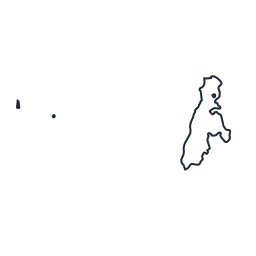 the Province of Agrigento, rotated 75°
{"feature_id": "ITA-5417", "entity_name": "Agrigento", "entity_type": "Province", "adm_level": 1, "iso_a3": "ITA", "parent_name": "Italy", "parent_adm1": "", "projection": "mercator", "projection_center": [13.389, 36.616], "detail": "fine", "context": "isolated", "style": "outline", "palette": "slate", "viewbox_px": 256, "rotation_deg": 75, "n_neighbors": 0, "source": "natural_earth", "source_scale": "10m", "svg_char_len": 2311}
<svg xmlns="http://www.w3.org/2000/svg" viewBox="0 0 256 256"><g transform="rotate(75 128 128)"><path d="M182.9,83.5L178.3,83.9L177.7,84.1L176.3,84.9L175.6,85.2L172.4,84.8L167.9,81.2L165.2,80.1L162.0,79.5L159.4,78.3L157.1,76.7L150.9,70.6L148.8,69.0L146.3,68.2L142.9,67.7L140.3,66.7L138.1,65.3L134.5,62.4L131.4,60.6L130.1,59.2L129.4,58.8L128.5,58.5L127.7,58.1L125.9,54.6L125.4,54.2L123.8,53.3L123.0,52.2L122.4,51.6L121.6,51.4L121.2,51.1L120.5,49.8L120.1,49.5L111.2,48.3L110.2,48.8L109.4,49.0L108.7,48.6L108.2,47.7L107.8,45.9L107.5,45.1L105.6,43.1L103.3,42.1L99.8,41.6L100.6,38.8L101.2,35.0L100.0,34.5L99.8,33.4L100.7,31.0L103.3,28.6L106.3,26.7L108.4,26.1L108.5,26.1L109.5,26.3L109.9,26.7L111.5,29.5L112.9,30.4L117.2,30.1L121.1,31.4L122.1,32.4L123.2,35.3L124.0,36.5L125.0,37.1L125.5,37.3L126.0,37.1L126.3,36.8L126.6,35.8L126.9,35.5L127.4,35.2L129.2,35.3L129.9,34.9L131.3,33.6L132.0,33.4L132.9,34.0L132.7,35.4L131.1,39.5L132.0,42.9L132.6,44.2L133.3,44.7L136.5,43.1L136.8,41.9L135.2,39.9L135.5,38.1L136.6,37.6L137.8,36.7L138.7,35.6L139.8,34.8L151.0,35.2L154.2,34.1L155.3,33.2L156.1,30.9L156.8,30.2L157.6,30.2L160.6,31.6L161.7,31.9L163.0,31.9L164.2,32.3L165.3,33.0L166.2,34.2L166.8,35.3L167.0,36.4L166.8,37.4L165.9,38.1L160.7,40.5L159.0,40.7L158.3,40.4L157.6,39.9L156.9,39.7L156.2,40.3L156.1,41.7L157.7,44.9L157.6,46.9L157.2,48.4L157.0,48.9L156.7,49.1L156.4,49.2L155.9,49.3L155.2,49.5L154.6,49.9L154.2,50.6L154.0,51.4L154.2,52.1L154.6,52.4L156.6,52.3L157.3,52.6L158.8,53.8L160.0,54.3L161.1,54.5L168.4,54.2L169.0,54.5L169.3,55.0L170.0,57.1L171.6,56.9L172.1,57.0L172.4,57.3L173.3,58.4L173.3,58.8L172.1,59.7L171.5,60.5L171.5,61.1L174.0,63.4L174.8,63.8L175.4,63.9L176.8,63.7L177.4,63.9L177.9,64.4L179.2,66.4L179.6,66.8L180.9,67.7L181.5,68.6L181.6,69.8L181.3,70.9L179.4,75.1L179.3,76.0L179.4,76.8L179.8,77.5L181.9,80.1L182.6,81.6L182.9,83.5ZM118.9,37.9L120.0,37.6L120.5,36.9L120.3,36.0L119.2,35.4L118.4,35.3L117.8,35.7L117.7,36.5L118.0,37.9L118.9,37.9ZM80.0,228.1L80.2,228.8L80.0,229.6L79.3,229.9L78.7,229.7L78.3,229.4L78.0,229.4L75.2,228.2L73.8,227.8L73.1,227.5L73.6,227.0L75.2,227.0L76.0,227.2L79.4,227.6L80.0,227.7L80.2,227.9L80.0,228.1ZM97.3,195.7L97.8,195.7L98.3,196.2L98.5,197.1L98.2,197.5L97.1,197.5L96.7,197.1L96.3,196.5L96.4,196.0L96.8,195.8L97.3,195.7Z" fill="none" stroke="#1e293b" stroke-width="2"/></g></svg>